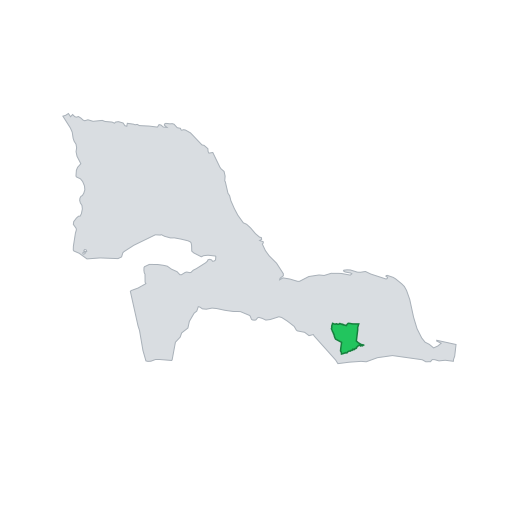 location of Mapai, Gaza, Mozambique, rotated 278°
{"feature_id": "85939544B45935423796795", "entity_name": "Mapai", "entity_type": "district", "adm_level": 2, "iso_a3": "MOZ", "parent_name": "Mozambique", "parent_adm1": "Gaza", "projection": "robinson", "projection_center": [32.421, -22.625], "detail": "fine", "context": "in_parent", "style": "filled", "palette": "green", "viewbox_px": 512, "rotation_deg": 278, "n_neighbors": 0, "source": "geoboundaries", "source_scale": "gbopen_adm2", "svg_char_len": 6872}
<svg xmlns="http://www.w3.org/2000/svg" viewBox="0 0 512 512"><g transform="rotate(278 256 256)"><path d="M160.8,352.1L164.0,349.4L184.9,324.7L186.2,323.7L184.5,319.6L187.2,314.8L187.6,307.3L188.4,306.1L191.6,303.6L196.0,295.9L198.7,290.0L199.0,287.1L195.1,279.0L193.9,274.7L195.1,270.9L195.6,267.3L195.0,266.2L192.6,264.7L192.2,263.1L192.2,261.3L192.7,260.3L195.7,258.6L196.3,257.7L198.8,248.2L197.9,241.1L197.9,232.9L198.5,224.5L198.3,219.7L196.4,214.2L196.2,210.3L197.6,207.5L197.8,205.9L193.2,205.0L190.8,202.7L182.0,199.1L175.2,198.6L169.5,193.1L165.1,192.2L159.4,188.2L141.5,187.4L140.8,187.0L140.1,174.9L139.5,170.8L137.2,166.6L136.6,163.6L136.8,161.6L146.7,157.2L166.1,151.0L170.4,148.9L203.5,136.5L204.5,137.3L207.8,143.6L213.3,150.8L214.7,149.8L222.6,148.6L223.8,147.7L226.2,147.0L229.0,146.7L229.9,147.1L232.8,151.5L233.9,159.9L233.9,165.5L233.6,169.5L231.2,174.1L229.5,180.0L226.9,183.2L227.0,184.7L229.9,188.2L230.5,189.6L230.3,192.7L230.7,193.9L233.2,195.8L235.1,198.6L242.3,207.1L244.1,208.6L245.6,209.0L246.3,210.7L245.9,212.6L244.7,213.7L245.2,215.3L246.5,216.5L249.9,216.3L250.3,215.8L250.1,208.3L249.0,204.0L247.6,202.0L250.4,193.9L251.9,191.7L257.3,190.8L259.8,190.0L260.8,189.1L261.6,186.5L262.3,179.3L262.6,172.6L262.0,168.7L262.8,162.7L264.0,159.1L263.4,158.4L263.0,153.4L249.6,133.5L241.9,124.6L240.7,123.7L236.4,123.0L234.2,119.7L232.4,101.9L229.6,89.0L234.1,80.5L235.6,75.0L236.5,74.2L240.3,73.8L253.6,74.0L256.9,74.5L258.4,74.0L261.9,70.7L264.7,70.7L268.6,72.9L270.7,74.7L271.0,76.3L273.6,77.2L278.4,77.5L281.9,76.6L284.1,74.7L286.4,73.7L288.8,73.6L290.6,74.3L291.8,75.7L294.2,76.7L297.7,77.3L301.5,76.4L305.6,74.0L308.0,71.4L309.3,67.2L310.1,66.6L315.9,66.2L319.0,67.0L323.0,69.7L329.8,64.9L334.2,63.3L338.3,63.3L341.7,62.2L344.4,59.9L347.2,58.5L353.0,56.8L356.9,54.4L367.6,45.3L368.8,47.9L371.0,50.4L368.1,53.0L370.6,54.7L368.7,57.2L368.5,59.0L369.4,60.7L368.1,63.6L366.5,65.9L366.1,67.6L367.5,70.6L366.7,75.9L368.9,84.9L368.2,87.8L368.6,94.8L367.8,97.4L369.1,98.3L369.9,101.1L369.2,105.9L366.8,108.0L366.5,110.0L369.5,110.1L369.5,116.2L369.1,118.0L369.8,120.1L368.9,122.3L369.8,132.2L369.9,139.3L370.0,140.5L372.6,141.7L372.5,143.6L370.8,146.2L370.9,150.0L372.8,147.0L373.9,147.0L374.8,148.2L374.9,152.5L375.4,154.6L375.1,156.5L372.1,160.1L371.9,163.5L370.7,164.0L370.2,164.8L371.0,166.8L370.9,168.6L368.8,174.0L358.5,187.0L358.3,189.2L355.6,193.4L352.8,194.0L351.3,195.1L352.5,198.8L338.9,207.9L337.5,209.2L335.3,212.6L330.8,214.3L326.0,214.6L325.2,215.3L314.2,219.5L312.0,221.5L307.3,223.4L300.0,227.9L293.9,232.3L287.1,238.8L286.1,242.3L282.9,246.9L278.1,252.3L275.2,256.8L275.0,258.7L273.3,259.3L271.8,257.5L271.2,261.1L270.0,261.4L268.7,260.6L262.7,264.5L258.1,268.9L251.7,277.4L242.3,285.5L240.2,285.8L237.3,282.9L235.7,282.7L238.1,285.8L237.9,292.7L236.7,300.8L236.9,302.5L243.0,311.1L246.0,321.1L246.2,326.2L249.3,332.8L250.6,342.7L250.2,352.0L251.7,353.4L252.3,352.1L252.6,346.3L253.4,344.7L254.2,345.0L255.0,348.1L255.3,351.4L254.1,358.7L254.4,361.6L255.9,366.5L254.1,372.2L251.3,388.0L251.9,389.0L253.3,389.3L253.8,387.6L254.7,387.6L255.1,388.7L253.9,394.9L252.7,397.6L248.7,404.2L246.5,407.1L242.8,409.9L234.3,414.3L217.2,420.6L206.4,425.6L197.9,431.5L194.2,435.4L192.6,440.0L189.7,444.7L192.2,448.6L195.4,451.5L196.9,446.8L197.7,446.7L196.2,466.4L184.5,466.7L181.1,466.0L179.2,466.1L179.1,457.9L177.6,451.8L178.2,447.4L178.0,445.0L175.6,443.5L174.9,438.8L176.4,435.1L176.4,405.0L172.2,390.4L166.6,379.9L166.3,374.7L163.8,363.0L160.8,352.1ZM237.0,87.8L238.4,87.0L238.6,85.5L237.7,84.8L236.9,85.0L236.5,87.3L237.0,87.8ZM236.1,85.1L234.9,84.0L234.1,84.3L233.8,85.2L234.7,86.4L235.6,86.5L236.1,85.1Z" fill="#d9dde1" stroke="#a8b0b8" stroke-width="1"/><path d="M182.8,374.9L182.9,374.7L182.9,374.4L182.8,374.2L182.9,373.8L182.9,373.6L183.0,373.3L183.0,373.2L183.0,372.9L183.0,372.6L183.1,372.3L183.1,372.1L183.5,371.4L183.5,371.2L183.8,370.6L184.0,370.2L184.2,369.7L184.3,369.5L184.5,369.1L184.7,368.8L184.8,368.6L185.0,368.4L185.2,368.1L185.4,367.6L185.5,367.4L185.7,367.2L185.8,367.2L189.9,367.1L196.6,367.0L196.8,367.0L199.0,366.7L199.3,366.6L199.5,366.6L199.8,366.7L203.0,367.2L202.8,365.8L202.5,363.6L202.2,361.1L202.2,360.1L202.3,358.6L202.2,356.7L201.2,355.9L200.7,355.6L200.1,355.3L199.7,355.1L199.8,354.9L199.7,354.8L199.8,354.7L199.9,354.4L199.9,354.2L199.8,353.9L199.8,353.7L199.9,353.4L200.0,353.1L200.0,352.9L199.9,352.7L199.9,352.4L200.0,352.3L200.1,352.2L200.1,351.8L200.1,351.7L200.3,351.6L200.2,351.4L200.3,351.2L200.2,351.2L200.1,350.9L200.2,350.7L200.3,350.5L200.3,350.4L200.5,350.2L200.5,349.9L200.4,349.8L200.4,349.7L200.5,349.6L200.5,349.4L200.5,349.2L200.8,348.7L200.8,348.4L200.7,348.3L200.7,348.1L200.4,347.9L200.2,347.9L200.0,347.7L199.9,347.6L199.9,347.4L199.9,347.2L199.8,346.9L199.8,346.7L199.9,346.4L199.8,346.2L199.7,346.1L199.8,345.8L199.8,345.6L199.9,345.4L200.0,345.4L200.1,345.2L199.9,344.8L199.9,344.6L199.6,344.4L199.5,344.1L199.5,343.3L199.5,343.1L199.5,342.9L199.6,342.7L199.7,342.4L199.8,342.0L199.8,341.9L199.9,341.7L200.0,341.4L200.0,341.2L198.9,341.1L198.2,340.9L197.9,340.8L197.3,340.8L196.6,340.8L196.3,340.8L195.7,341.1L195.2,341.0L195.0,340.9L194.8,340.8L194.6,340.8L194.4,340.8L193.2,341.6L192.6,341.9L192.1,342.1L191.0,343.0L190.9,343.1L189.6,343.6L189.5,343.9L189.5,344.0L189.4,344.1L189.1,344.2L188.8,344.3L188.6,344.3L188.4,344.4L188.0,344.6L187.3,344.8L186.7,345.1L184.8,346.3L182.4,352.8L176.6,352.8L173.8,352.9L172.5,353.9L170.8,354.3L171.6,356.2L171.8,356.3L171.9,356.7L171.9,356.8L172.0,356.9L172.1,357.1L172.3,357.3L172.3,357.5L172.5,357.8L172.7,358.0L172.5,358.4L172.6,358.5L172.6,358.9L172.6,359.0L172.7,359.3L172.8,359.4L172.8,359.5L173.0,359.6L173.0,359.8L173.3,360.0L173.7,360.0L173.8,360.1L173.9,360.3L174.1,360.4L174.2,360.5L174.3,360.6L174.4,360.8L174.5,361.1L174.6,361.3L174.8,361.5L174.9,361.8L174.9,362.0L174.9,362.4L174.9,362.5L175.0,362.5L175.4,362.8L175.5,362.9L175.6,363.0L175.7,363.3L175.7,363.5L175.7,363.8L175.8,364.2L175.9,364.3L176.0,364.3L176.1,364.5L176.3,364.6L176.5,364.6L176.8,364.5L177.0,364.6L177.2,364.8L177.3,364.9L177.3,365.0L177.2,365.2L177.2,365.3L176.9,365.5L176.8,365.8L176.8,366.0L177.0,366.3L177.2,366.5L177.3,366.5L177.5,366.6L177.8,366.6L177.9,366.8L178.0,366.9L178.1,367.0L178.3,367.2L178.3,367.3L178.3,367.5L178.2,367.6L178.3,367.8L178.4,368.0L178.5,368.1L178.7,368.3L178.8,368.3L178.9,368.2L179.1,368.2L179.5,368.3L179.8,368.5L180.0,368.7L180.2,368.9L180.3,368.9L180.4,369.0L180.5,369.0L180.8,369.2L181.0,369.4L181.1,369.5L181.3,369.8L181.5,369.9L181.5,370.1L181.8,370.3L182.0,370.5L182.1,370.9L182.1,371.0L181.9,371.3L181.8,371.6L181.7,371.6L181.6,371.8L181.4,372.1L181.5,372.3L181.7,372.5L181.8,372.7L182.0,372.7L182.0,372.8L182.1,373.0L182.0,373.4L182.0,373.5L181.9,373.6L181.9,373.8L182.0,373.8L182.0,374.0L182.2,374.3L182.3,374.4L182.5,374.4L182.5,374.5L182.8,374.9Z" fill="#22c55e" stroke="#15803d" stroke-width="1.5"/></g></svg>